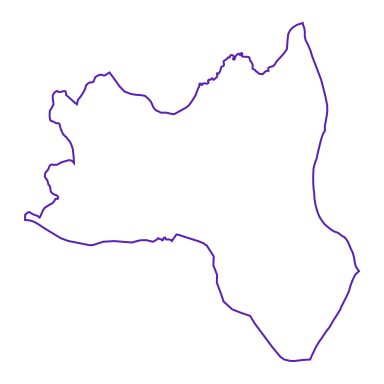 outline of Champasack, Champasak, Laos
{"feature_id": "54806243B29706107619641", "entity_name": "Champasack", "entity_type": "district", "adm_level": 2, "iso_a3": "LAO", "parent_name": "Laos", "parent_adm1": "Champasak", "projection": "natural_earth1", "projection_center": [105.751, 14.847], "detail": "fine", "context": "isolated", "style": "outline", "palette": "violet", "viewbox_px": 384, "rotation_deg": 0, "n_neighbors": 0, "source": "geoboundaries", "source_scale": "gbopen_adm2", "svg_char_len": 5694}
<svg xmlns="http://www.w3.org/2000/svg" viewBox="0 0 384 384"><path d="M310.2,359.5L310.6,358.5L311.2,357.1L311.9,355.4L313.0,353.2L314.3,350.5L315.5,347.9L317.2,344.8L319.2,341.6L321.7,338.2L326.3,331.2L329.1,327.8L331.8,323.2L333.7,319.9L335.8,316.7L337.5,314.0L339.3,311.1L340.5,309.1L341.6,306.1L342.8,304.0L344.6,300.2L346.3,297.1L347.5,294.3L349.1,290.8L350.1,286.9L352.1,281.3L353.8,277.5L355.7,274.1L359.0,271.2L355.9,266.7L354.8,262.7L354.2,258.4L353.7,256.1L352.7,252.7L351.0,249.2L349.2,244.8L347.7,241.4L346.3,239.4L344.5,237.2L342.1,236.0L338.7,233.2L336.1,232.1L333.9,231.4L332.0,230.2L329.4,228.3L324.7,224.3L321.2,219.6L319.3,216.4L317.8,212.8L315.7,205.8L314.5,198.9L314.1,192.0L313.7,189.9L313.4,186.1L313.2,181.3L313.2,175.7L313.5,168.9L314.2,165.7L315.3,161.9L316.7,158.4L317.6,153.7L320.6,141.4L322.2,136.0L323.5,133.0L325.0,130.6L324.8,127.4L324.9,125.6L325.9,120.6L326.8,115.4L327.3,111.4L327.2,105.4L325.8,98.3L324.9,94.3L322.1,83.4L321.1,79.6L312.0,55.8L310.8,51.5L308.2,45.1L305.5,39.9L304.7,35.9L304.8,34.2L304.8,31.8L304.3,28.3L303.2,25.1L302.7,23.0L302.3,23.2L297.1,24.8L293.3,27.1L291.4,28.9L290.2,30.3L289.1,32.2L288.2,34.2L287.6,39.8L287.3,43.8L286.9,49.2L283.7,53.7L280.4,57.3L276.1,62.0L275.0,64.3L274.3,64.8L273.9,65.4L273.5,65.8L273.2,66.2L272.7,66.2L272.4,66.3L271.9,66.5L270.4,66.9L269.3,67.3L268.9,67.5L268.6,67.8L268.4,68.1L268.3,68.5L268.3,70.1L268.4,70.8L267.8,70.7L267.4,70.8L266.7,70.9L265.7,71.3L265.2,71.6L263.7,73.2L262.4,74.2L262.1,74.3L261.8,74.2L261.6,74.0L261.4,74.0L260.3,74.0L259.9,74.0L259.6,73.8L258.6,73.4L258.2,73.1L257.5,72.3L257.1,71.9L256.7,71.7L256.3,71.6L255.9,71.3L255.7,70.8L254.8,69.9L254.3,69.5L253.8,69.3L253.3,69.2L252.9,68.9L252.6,68.7L252.5,68.1L252.5,67.6L252.8,65.4L252.6,64.8L252.1,63.6L251.6,62.6L250.4,60.8L249.8,59.7L249.6,59.0L249.5,58.6L249.6,58.2L249.5,57.9L249.4,57.6L249.2,57.4L248.6,57.1L247.8,56.9L247.1,56.9L246.0,56.7L245.2,56.8L244.5,56.8L243.6,56.6L242.8,56.6L242.5,56.4L242.2,56.4L242.0,56.2L241.9,56.0L241.9,55.2L242.2,54.4L242.2,53.9L242.2,53.4L242.0,53.2L241.6,53.1L241.3,53.1L241.1,53.3L240.9,53.5L240.6,54.7L240.4,54.9L240.1,55.1L239.8,54.9L239.5,54.7L239.2,54.2L238.9,53.7L238.4,53.6L238.0,53.8L237.7,54.0L237.1,54.6L236.0,55.6L235.6,56.2L235.4,56.7L234.6,59.0L234.4,59.4L234.2,59.6L233.8,59.6L233.4,59.4L233.2,59.2L233.0,58.8L233.0,58.6L233.1,58.4L233.3,58.3L233.5,58.3L233.7,58.1L234.4,57.9L234.5,57.6L234.5,57.2L234.2,56.7L233.4,56.1L232.9,55.4L232.6,55.2L232.3,55.1L231.7,55.0L231.0,55.1L230.5,55.4L230.1,56.2L229.9,56.9L229.6,57.5L229.2,57.6L228.6,57.4L228.4,57.4L228.1,57.4L227.6,58.0L226.9,58.9L226.7,59.2L226.0,59.6L225.7,59.8L224.9,60.2L224.5,60.6L223.8,61.0L223.6,61.5L223.6,62.1L224.0,64.2L224.0,64.9L223.9,65.4L223.6,65.7L223.4,65.9L222.9,66.2L221.9,66.4L221.7,66.6L221.3,67.0L221.1,67.4L220.9,68.0L220.5,70.0L220.2,70.9L219.5,72.3L219.2,72.8L218.8,73.3L218.2,73.6L217.8,73.5L217.6,73.3L217.4,73.2L217.2,73.2L217.0,73.4L216.9,73.8L216.9,74.1L217.3,75.2L217.4,75.5L217.3,75.9L217.3,76.2L217.2,76.5L217.0,76.8L216.7,77.2L214.2,79.4L213.9,79.7L213.7,79.8L213.2,79.7L212.6,78.7L212.3,78.4L212.0,78.3L211.6,78.5L210.7,79.4L210.1,79.8L209.8,79.9L208.6,79.8L208.4,80.1L208.2,80.4L208.1,81.2L208.3,82.1L208.5,82.4L208.5,82.7L208.2,83.0L207.3,83.6L206.5,83.7L206.0,83.6L204.5,83.3L203.9,83.3L203.5,83.4L203.1,83.5L202.6,83.9L202.4,84.4L201.8,85.0L201.5,84.9L201.3,84.7L200.8,83.8L200.6,83.6L200.4,83.5L200.1,83.5L199.9,83.6L199.6,83.7L199.4,84.0L199.3,84.4L199.3,85.0L199.3,85.8L199.2,86.5L199.0,87.1L198.6,87.5L198.4,87.6L195.6,95.2L193.8,98.2L190.5,103.2L188.0,106.2L185.2,108.1L174.5,114.0L172.7,114.1L170.0,113.6L168.5,113.1L166.2,112.7L160.9,112.7L159.4,111.9L156.5,110.6L155.5,109.9L153.4,107.4L152.2,104.4L150.8,101.7L149.5,100.0L147.9,98.4L145.2,96.0L142.2,95.3L134.4,94.6L129.7,93.6L127.4,92.6L124.6,91.6L119.3,86.1L116.7,82.2L109.5,72.5L104.7,75.5L103.3,75.4L101.8,74.8L99.9,74.7L99.1,75.0L96.3,76.5L95.1,77.4L93.6,81.6L92.8,82.2L89.7,82.5L88.1,83.4L86.2,85.1L85.9,85.7L85.3,88.5L83.2,92.6L80.7,96.5L78.0,99.8L76.9,104.3L74.3,102.3L68.7,97.2L66.2,95.1L66.1,93.7L65.5,91.3L64.3,91.0L59.8,92.1L58.2,91.9L57.2,90.9L55.9,91.5L54.3,92.7L52.8,95.2L52.7,98.7L53.3,101.6L53.5,104.3L51.6,108.1L50.1,110.5L49.8,111.4L49.6,116.3L50.2,119.9L50.9,120.9L53.3,121.6L56.0,123.1L58.6,123.3L59.2,123.6L59.6,124.2L60.0,126.2L60.9,129.5L62.9,133.8L64.6,135.8L66.7,137.5L67.5,138.9L70.0,141.8L71.4,144.8L72.6,148.4L72.8,149.3L73.5,155.5L73.8,159.5L74.0,163.0L73.2,162.0L71.8,160.8L69.5,160.1L66.9,160.7L62.1,162.1L59.9,163.1L57.2,164.7L53.6,164.9L52.3,164.5L51.2,164.6L49.7,165.7L49.1,167.3L48.1,169.6L45.4,172.8L44.7,176.1L45.2,177.5L47.5,180.5L47.6,181.3L48.6,185.0L49.6,185.6L50.3,188.1L50.6,190.7L51.4,192.4L53.4,194.1L56.7,195.4L57.5,196.1L58.2,197.2L58.1,198.3L57.6,199.0L56.0,198.7L55.4,199.0L54.1,201.4L52.3,203.3L49.4,204.8L44.6,207.9L42.8,210.7L39.9,217.3L39.4,217.6L38.3,216.4L37.2,215.8L33.1,214.4L29.4,212.1L28.2,212.3L25.6,214.2L25.2,214.7L25.0,219.9L30.0,220.5L33.7,221.6L38.5,224.3L44.1,228.1L61.0,238.3L68.4,241.0L90.1,245.3L93.4,244.9L103.3,241.7L114.3,241.1L131.9,242.5L136.6,241.2L141.0,240.2L146.8,240.2L150.5,241.2L152.8,241.7L154.2,241.2L156.7,239.6L158.2,238.2L159.2,238.9L161.1,239.4L162.3,240.4L162.9,240.0L163.3,238.4L164.3,237.6L165.2,237.6L165.3,238.7L166.6,239.6L168.5,239.3L169.9,239.8L171.2,240.0L171.9,241.0L176.4,234.5L178.0,234.7L198.7,241.3L201.5,242.5L203.3,243.1L204.8,244.3L206.7,245.4L213.7,256.4L213.4,265.5L217.1,274.9L216.8,282.7L219.8,290.5L223.6,301.5L232.1,309.3L241.3,312.9L250.1,315.9L254.9,323.7L272.5,347.4L278.4,354.4L280.6,357.1L282.7,358.4L283.9,359.4L290.1,360.9L294.3,361.0L303.6,359.9L310.2,359.5Z" fill="none" stroke="#5b21b6" stroke-width="2"/></svg>